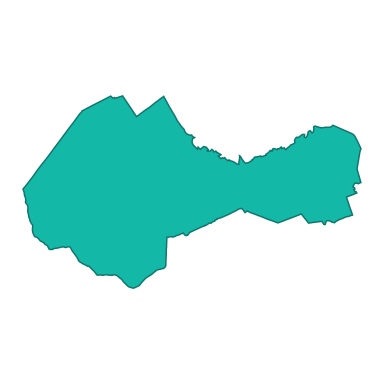 Horodnic De Sus, Suceava, Romania (Albers equal-area conic projection)
{"feature_id": "2599482B42515196474333", "entity_name": "Horodnic De Sus", "entity_type": "district", "adm_level": 2, "iso_a3": "ROU", "parent_name": "Romania", "parent_adm1": "Suceava", "projection": "albers", "projection_center": [25.808, 47.836], "detail": "fine", "context": "isolated", "style": "filled", "palette": "teal", "viewbox_px": 384, "rotation_deg": 0, "n_neighbors": 0, "source": "geoboundaries", "source_scale": "gbopen_adm2", "svg_char_len": 5979}
<svg xmlns="http://www.w3.org/2000/svg" viewBox="0 0 384 384"><path d="M352.5,215.1L351.6,212.3L349.6,206.7L346.4,197.0L352.9,194.6L356.8,193.0L355.9,191.5L355.0,191.9L353.7,189.5L354.9,189.1L354.7,188.5L354.6,187.8L353.3,187.0L352.8,186.6L354.8,183.2L356.3,183.1L357.1,183.3L358.4,183.7L360.9,182.5L358.1,172.9L357.0,169.0L360.0,151.3L360.3,150.7L360.6,149.5L361.0,148.8L357.4,141.1L355.8,138.0L354.7,136.0L353.8,134.9L352.7,134.1L350.5,133.0L345.9,131.0L332.9,125.3L332.4,125.8L330.6,127.1L329.7,127.3L328.7,127.3L325.7,127.3L324.7,127.4L322.6,127.8L321.8,127.8L320.9,127.7L319.8,127.5L316.0,126.4L315.3,126.1L314.6,126.2L313.9,126.6L313.6,127.1L313.8,127.9L313.8,129.1L313.6,130.1L313.6,130.7L313.4,131.6L312.7,132.5L312.2,132.9L311.6,132.6L311.1,131.9L310.7,131.1L310.1,130.7L309.5,130.8L308.5,131.6L308.1,132.3L307.9,133.0L307.9,133.8L307.6,134.9L307.5,135.4L306.4,136.9L305.6,137.6L305.0,137.6L304.4,137.2L304.3,136.5L304.4,135.8L304.7,135.1L304.6,134.5L304.0,134.3L302.7,134.5L302.0,134.7L299.3,136.8L297.9,137.5L297.2,137.3L296.5,137.3L295.9,137.9L294.9,139.5L294.6,140.2L294.6,141.0L294.8,142.2L294.8,142.8L294.3,143.3L293.3,143.9L292.0,144.5L290.8,144.9L290.2,145.6L289.5,146.5L288.7,146.9L288.1,147.4L286.2,149.1L286.0,149.6L285.5,149.4L285.1,149.1L284.8,148.7L284.3,147.8L281.7,148.5L281.6,147.7L281.2,147.0L279.3,148.6L279.1,148.8L278.8,148.8L277.9,148.7L277.6,148.8L277.1,149.7L274.6,148.6L274.1,148.6L273.0,148.7L272.4,150.9L272.1,151.1L271.7,151.1L271.8,150.4L270.1,150.5L269.6,151.5L268.8,152.1L267.2,153.6L265.8,154.4L266.1,155.2L264.5,155.8L261.7,156.7L261.4,156.8L261.3,156.7L261.0,156.2L260.8,156.0L260.4,156.0L259.3,156.4L257.2,156.8L255.7,157.0L254.6,157.2L253.5,158.7L253.2,159.0L251.7,160.1L251.9,160.5L248.4,162.7L247.8,162.8L245.4,163.2L244.4,162.3L243.0,160.5L242.2,159.5L241.1,157.6L240.5,156.7L239.8,155.8L239.5,155.7L239.6,156.1L239.7,156.5L239.6,157.6L239.3,160.4L239.0,161.3L238.9,161.7L238.9,162.4L238.9,163.9L238.8,164.5L236.9,163.9L235.9,163.3L233.8,161.9L232.7,161.4L231.3,161.1L229.0,159.9L228.9,160.2L228.6,160.5L228.2,160.8L227.9,160.8L226.0,159.2L224.8,157.9L224.7,157.6L224.1,157.9L223.4,158.1L222.7,158.2L222.4,157.8L220.5,158.6L219.5,157.2L218.3,156.1L218.8,155.8L219.8,155.5L220.8,155.0L221.0,154.6L219.7,153.9L218.7,153.3L217.5,152.7L217.3,152.5L216.9,152.6L216.0,151.2L215.7,151.1L214.1,152.0L213.7,151.8L213.7,151.4L213.3,150.8L212.9,150.4L212.6,149.8L212.1,149.6L211.9,149.4L210.1,151.0L209.2,151.1L207.6,151.2L207.1,150.5L208.3,149.7L207.2,148.3L206.0,147.1L205.6,147.3L203.7,146.5L202.2,147.8L201.0,148.6L200.7,148.9L200.3,149.4L198.1,147.1L198.0,147.4L197.5,148.7L197.3,149.1L196.5,148.3L195.4,147.1L193.6,145.4L192.9,144.5L192.4,143.2L192.1,142.5L192.0,141.6L192.4,140.4L192.3,139.3L192.6,138.6L193.4,138.4L194.0,138.0L194.2,137.7L194.5,137.5L193.4,137.0L192.5,136.4L192.0,135.7L191.8,135.1L191.4,135.0L189.8,135.2L188.9,134.9L188.2,134.5L187.3,134.3L185.3,132.4L184.0,129.3L181.2,126.2L177.5,121.0L174.7,115.7L169.3,106.7L163.7,96.4L159.4,99.5L157.6,101.0L155.9,102.1L149.5,107.3L145.4,110.0L139.6,114.4L136.5,116.6L129.9,106.8L122.6,95.9L118.7,97.2L114.9,98.3L114.5,97.6L112.8,98.2L112.0,97.3L110.7,96.1L99.9,101.7L94.9,104.2L82.1,110.9L81.6,111.9L80.7,113.0L80.0,113.5L72.9,123.2L69.4,127.7L46.6,158.4L42.2,163.8L36.9,170.8L32.9,176.5L26.7,184.6L23.0,189.1L24.1,192.2L24.6,195.8L25.0,196.6L25.3,197.3L25.5,197.9L25.8,200.6L25.8,201.0L25.5,201.7L25.5,202.4L25.7,202.9L27.1,204.6L27.6,205.5L27.9,206.3L28.0,207.7L27.7,210.6L27.8,211.7L28.1,213.0L28.5,214.7L28.9,217.2L29.2,218.0L29.7,219.1L30.0,220.8L30.7,222.4L31.7,224.0L32.5,224.9L32.7,226.1L32.6,227.6L32.4,229.0L32.5,230.1L32.7,232.0L33.3,233.9L34.7,236.6L35.7,236.9L37.3,237.6L38.5,238.7L40.0,240.6L40.6,241.1L42.5,242.0L43.4,242.6L43.8,242.9L45.1,244.4L46.8,245.3L47.7,246.2L48.3,247.5L48.9,248.8L49.6,249.5L51.3,249.4L52.5,249.5L52.9,249.3L53.5,248.7L53.9,248.6L54.8,248.4L57.9,248.0L60.8,247.2L61.6,247.0L63.6,246.9L65.1,247.4L65.9,247.5L66.3,247.4L66.9,247.1L67.8,246.8L69.1,246.8L69.7,247.0L70.6,247.7L72.0,250.5L75.8,255.7L77.0,257.4L77.9,259.0L78.7,260.9L79.3,261.5L82.8,263.8L84.5,264.5L87.8,266.3L88.4,266.2L88.8,266.1L89.3,266.4L89.9,267.2L91.8,269.1L94.1,271.3L96.8,274.7L97.1,275.1L97.9,275.1L100.2,274.9L100.7,275.0L101.8,275.1L103.5,275.3L104.2,275.1L105.1,274.7L105.9,274.7L108.7,275.1L112.0,275.3L112.6,275.2L113.9,274.7L114.4,274.7L116.1,275.2L116.8,275.4L119.3,277.6L121.0,278.8L121.9,279.7L122.6,280.4L123.0,281.1L123.2,281.6L127.6,285.9L128.6,286.7L129.5,287.1L130.3,287.4L131.4,287.6L132.6,288.0L133.4,288.1L133.6,288.1L134.8,287.7L137.5,286.4L138.8,285.8L139.3,285.5L142.3,281.8L143.3,280.7L145.3,278.6L147.3,277.1L150.6,275.1L152.1,274.0L156.3,270.5L157.0,270.0L163.1,268.5L163.8,268.4L165.4,266.7L165.7,266.1L165.9,262.3L166.0,259.0L166.3,252.2L166.3,249.1L166.6,246.9L166.5,246.6L166.9,237.3L168.8,237.1L170.5,236.6L170.9,236.6L172.4,237.0L172.9,237.1L173.5,236.8L174.5,236.6L175.3,236.3L176.5,235.6L178.8,234.9L179.7,234.6L181.1,233.8L182.0,233.6L183.2,233.1L184.5,234.6L185.4,235.5L185.8,235.5L186.9,235.4L187.9,235.0L189.0,233.3L189.8,232.4L203.0,226.3L204.6,225.9L204.7,225.4L205.5,225.4L205.9,225.3L207.9,224.1L208.5,223.6L208.7,223.3L209.6,223.1L211.1,223.2L212.4,221.9L213.3,221.7L214.7,221.1L215.0,220.8L215.1,220.3L215.0,220.1L217.1,219.4L217.0,218.7L219.0,218.2L220.5,217.9L226.3,215.4L228.4,214.5L233.5,211.9L234.9,211.3L238.9,209.0L239.3,208.8L240.5,208.7L240.7,208.4L242.5,209.0L245.0,212.6L247.4,211.0L248.2,211.4L249.4,212.1L250.2,212.5L255.2,214.3L258.7,215.7L260.3,216.2L268.6,219.6L270.1,220.1L270.8,220.3L278.0,222.9L301.4,214.0L305.0,218.7L306.5,220.4L308.5,223.1L310.2,222.9L311.9,222.6L316.4,222.0L320.9,221.5L321.8,221.5L322.5,221.9L323.2,223.5L323.8,224.3L324.7,224.6L325.2,224.5L325.8,222.5L326.2,221.3L326.9,220.7L328.4,220.7L329.8,221.0L331.0,221.5L332.0,222.2L334.5,222.7L336.5,221.1L339.5,219.5L342.8,218.3L346.1,216.8L348.3,216.5L351.3,215.4L352.5,215.1Z" fill="#14b8a6" stroke="#0f766e" stroke-width="1.5"/></svg>